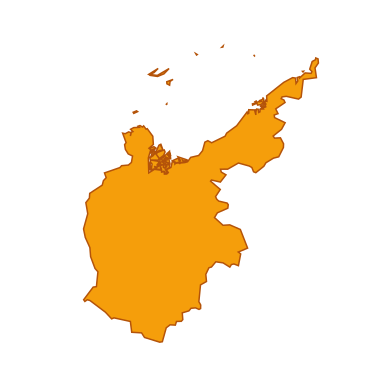 outline of Berau, Kalimantan Timur, Indonesia, rotated 280°
{"feature_id": "22746128B34069275840087", "entity_name": "Berau", "entity_type": "district", "adm_level": 2, "iso_a3": "IDN", "parent_name": "Indonesia", "parent_adm1": "Kalimantan Timur", "projection": "natural_earth1", "projection_center": [118.307, 1.815], "detail": "fine", "context": "isolated", "style": "filled", "palette": "amber", "viewbox_px": 384, "rotation_deg": 280, "n_neighbors": 0, "source": "geoboundaries", "source_scale": "gbopen_adm2", "svg_char_len": 6161}
<svg xmlns="http://www.w3.org/2000/svg" viewBox="0 0 384 384"><g transform="rotate(280 192 192)"><path d="M237.9,113.5L229.2,118.5L226.9,117.4L222.4,119.0L218.4,122.6L217.1,127.2L210.6,127.2L207.5,124.7L205.7,118.1L203.5,116.7L195.6,102.5L191.2,105.0L187.8,102.8L183.2,102.4L172.9,91.5L168.2,92.0L163.1,89.3L152.5,93.1L136.8,91.6L128.7,94.8L119.5,101.1L110.7,103.4L99.8,109.8L97.1,113.2L82.2,114.3L81.2,111.2L67.1,104.0L65.6,105.5L67.7,107.6L67.4,110.4L58.6,127.6L53.1,134.9L54.5,137.0L53.8,153.8L43.4,157.0L44.5,166.8L40.5,170.5L38.5,186.3L39.4,188.8L53.8,190.2L57.4,193.5L58.0,198.7L61.8,199.2L62.8,203.9L64.7,205.1L71.3,203.4L74.4,209.6L77.3,211.2L78.5,215.6L77.6,219.3L78.7,220.7L82.2,220.2L85.2,217.8L102.0,216.5L106.4,221.8L113.3,219.9L120.3,221.8L121.5,224.2L127.4,227.6L127.6,234.9L124.6,242.3L127.4,243.4L128.4,245.8L127.5,250.5L139.5,250.7L140.9,248.0L146.4,256.5L163.5,246.1L166.2,234.9L164.6,228.3L170.7,218.6L175.9,220.6L182.3,230.1L185.8,229.9L187.2,228.5L187.7,219.9L189.1,217.7L191.5,216.0L199.4,219.4L205.9,208.4L207.2,209.1L206.7,218.2L214.8,222.5L216.7,217.4L219.4,216.1L220.7,223.2L228.6,232.7L227.5,243.9L226.5,246.7L222.6,249.1L222.1,251.5L229.8,258.3L233.6,259.7L239.5,266.4L241.7,271.3L251.7,274.3L255.4,273.8L260.7,269.7L259.4,263.9L261.2,262.2L269.3,269.3L276.4,271.7L279.6,260.4L282.1,259.6L284.1,263.1L288.4,260.0L296.3,268.1L298.6,266.5L299.4,263.6L301.3,264.2L302.6,268.3L302.0,280.8L304.4,283.0L322.2,282.0L326.2,294.7L335.6,291.6L341.0,294.1L345.0,293.0L345.5,290.6L343.7,290.6L341.4,287.7L333.4,286.6L331.4,289.2L329.5,288.7L328.9,282.7L323.0,278.2L324.2,277.9L323.0,275.7L319.7,276.9L316.9,275.6L322.2,274.1L322.1,271.2L315.9,263.3L299.6,248.8L294.4,250.0L293.9,247.5L291.4,249.5L290.1,249.0L291.6,247.5L290.6,246.5L288.9,247.5L289.1,249.7L288.6,249.8L287.7,248.3L289.3,245.1L288.3,244.7L287.8,246.3L286.2,247.9L285.4,244.7L282.7,245.0L281.9,243.9L285.0,242.8L284.9,241.2L283.5,241.1L284.7,240.5L279.0,241.5L283.7,239.3L282.9,233.6L279.4,234.2L278.7,233.4L280.5,232.4L265.0,224.5L256.0,215.9L252.7,214.9L243.9,202.8L245.3,198.7L243.3,196.0L234.5,195.2L229.1,192.2L225.9,184.7L221.0,182.4L219.8,180.0L218.8,176.6L219.0,175.1L218.1,175.3L217.9,175.1L218.4,173.0L217.8,172.3L217.6,171.1L217.0,170.7L216.8,170.5L216.9,170.2L217.1,170.1L218.4,170.2L218.2,169.1L218.8,167.3L212.5,167.0L209.5,162.9L207.0,165.3L205.3,164.0L204.8,161.7L207.3,161.0L206.3,158.6L208.1,158.1L207.8,151.1L203.3,146.1L217.9,143.1L226.4,144.0L227.6,142.0L232.1,145.7L240.1,143.7L246.6,136.9L245.9,135.9L248.7,132.9L247.4,132.0L248.4,129.2L247.4,127.4L246.5,128.8L245.3,123.4L243.1,120.6L241.2,123.3L240.4,121.9L236.4,121.6L239.9,121.6L240.2,119.2L237.8,116.1L237.9,113.5ZM224.3,149.3L220.9,147.3L219.2,145.4L219.0,144.4L216.3,145.4L217.5,153.3L219.4,153.8L223.2,149.9L224.9,150.5L227.1,152.4L228.3,156.1L233.4,153.2L233.0,152.8L231.8,153.7L231.6,153.7L233.3,152.5L232.3,151.3L224.3,149.3ZM216.4,153.3L216.3,146.1L214.1,145.5L213.5,146.9L212.6,147.8L206.7,148.0L208.3,150.9L208.7,157.6L213.0,155.5L212.4,153.7L212.0,154.4L211.3,154.5L209.9,152.5L209.9,153.0L209.5,153.6L210.7,150.2L210.3,152.4L211.6,154.3L213.2,153.1L214.9,154.3L216.4,153.3ZM228.2,162.8L219.8,156.5L217.3,157.4L218.7,158.6L218.8,159.1L218.8,159.5L218.5,160.2L217.9,161.0L216.7,161.5L216.9,162.5L216.3,165.3L220.8,163.3L220.9,162.1L218.6,161.9L220.5,161.4L220.0,160.9L219.7,159.3L220.3,158.8L220.0,160.7L220.6,161.4L220.0,161.8L221.0,161.6L220.4,160.2L220.6,159.6L220.5,160.3L221.7,159.7L221.9,159.9L221.1,163.6L223.0,164.1L223.1,162.9L223.4,162.8L223.8,163.3L223.7,162.7L224.1,161.7L224.7,161.4L225.2,161.5L225.5,163.5L228.2,162.8ZM213.9,159.3L212.5,156.0L209.2,158.0L206.6,158.6L207.6,160.7L207.2,161.6L205.8,162.1L206.8,164.5L209.4,161.9L212.1,165.5L215.9,165.0L216.2,163.5L214.8,164.2L214.6,163.8L214.6,162.6L214.3,162.2L213.2,162.6L212.8,161.7L212.5,162.3L212.2,162.4L210.9,161.3L210.8,160.6L211.4,159.4L213.9,159.3ZM226.8,158.5L228.6,157.3L224.9,151.0L223.0,150.2L219.3,154.1L223.2,157.7L226.8,158.5ZM219.2,156.4L219.0,155.1L215.7,154.7L214.9,156.2L213.5,156.4L213.9,159.4L211.5,159.4L210.9,161.2L212.3,162.3L212.7,161.5L214.4,162.1L214.7,162.7L214.8,164.1L216.3,163.3L216.7,161.4L218.6,158.7L217.7,158.5L217.6,159.1L217.3,159.3L217.0,159.3L216.5,159.1L216.1,158.5L215.5,158.6L215.6,160.1L215.4,160.9L215.0,161.2L214.7,161.3L214.3,161.1L214.2,160.7L215.2,160.9L215.3,158.9L215.6,158.5L216.2,158.5L216.8,159.2L217.5,159.1L216.3,157.8L216.4,156.7L217.1,157.9L217.2,157.4L217.4,157.3L219.2,156.4ZM222.7,182.2L224.2,172.1L221.0,175.0L218.1,174.2L219.2,175.0L219.5,178.2L220.3,178.3L221.4,177.3L221.6,177.3L220.1,179.8L220.8,180.5L220.8,179.6L221.4,178.7L221.1,180.9L222.0,181.7L222.0,180.8L222.4,180.3L222.7,182.2ZM289.3,236.2L288.1,236.6L290.7,240.5L289.0,241.5L290.0,244.7L293.0,247.0L296.0,246.3L294.1,243.2L293.3,244.6L293.3,243.0L292.2,243.6L293.0,242.5L291.4,240.1L292.7,239.4L291.8,238.3L290.9,239.5L289.3,236.2ZM307.8,137.2L300.4,129.0L299.6,130.4L299.8,138.0L303.5,143.9L309.6,148.0L300.8,137.6L300.4,130.0L302.9,133.8L307.8,137.2ZM223.1,172.7L219.4,167.3L218.4,170.3L216.9,170.4L217.6,170.9L218.4,172.2L218.8,174.0L220.9,174.9L220.5,174.3L220.5,173.8L223.1,172.7ZM225.1,146.4L219.3,145.2L221.1,147.2L225.4,148.2L225.1,146.4ZM229.0,148.8L230.0,146.6L227.4,142.5L226.3,144.7L229.0,148.8ZM296.2,148.0L294.2,148.5L293.3,151.4L297.1,151.2L299.6,153.8L296.2,148.0ZM206.0,147.2L213.6,145.7L210.5,145.3L206.0,147.2ZM225.2,161.9L222.9,164.3L221.0,163.8L221.0,165.2L225.9,163.9L225.0,163.1L225.2,161.9ZM260.3,120.2L259.3,121.0L261.7,124.5L262.3,123.3L260.3,120.2ZM214.3,156.1L215.0,154.8L212.5,153.6L213.0,155.3L214.3,156.1ZM226.2,145.0L223.7,144.8L226.7,147.5L226.2,145.0ZM287.5,246.2L286.0,245.2L286.6,247.0L287.5,246.2ZM327.7,172.7L328.3,173.3L328.9,171.7L327.7,172.7ZM274.6,151.9L273.4,151.1L274.2,152.0L274.6,151.9ZM340.1,197.2L341.2,197.3L339.8,196.3L340.1,197.2ZM296.4,245.5L296.3,246.1L297.4,245.4L296.4,245.5ZM330.3,280.9L330.0,279.9L329.5,280.5L330.3,280.9ZM295.6,248.9L295.0,248.6L294.7,249.4L295.6,248.9ZM225.0,149.1L224.4,148.6L224.0,148.9L225.0,149.1ZM336.9,229.9L337.0,229.9L337.8,228.9L337.0,229.7L336.9,229.9Z" fill="#f59e0b" stroke="#b45309" stroke-width="1.5"/></g></svg>